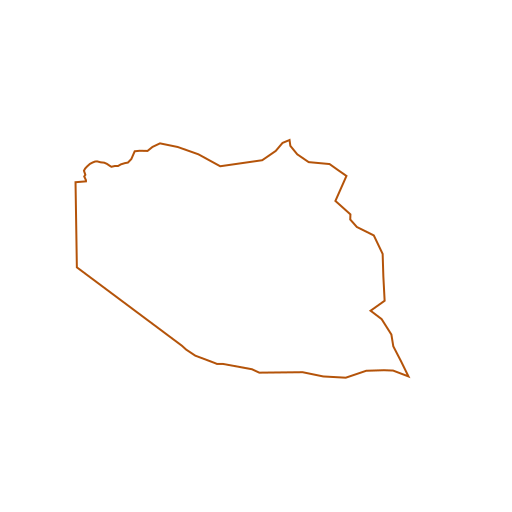 Barre Duchaussee, Anse-la-Raye, Saint Lucia, rotated 301°
{"feature_id": "8701671B96397646944426", "entity_name": "Barre Duchaussee", "entity_type": "district", "adm_level": 2, "iso_a3": "LCA", "parent_name": "Saint Lucia", "parent_adm1": "Anse-la-Raye", "projection": "robinson", "projection_center": [-60.996, 13.962], "detail": "fine", "context": "isolated", "style": "outline", "palette": "amber", "viewbox_px": 512, "rotation_deg": 301, "n_neighbors": 0, "source": "geoboundaries", "source_scale": "gbopen_adm2", "svg_char_len": 1030}
<svg xmlns="http://www.w3.org/2000/svg" viewBox="0 0 512 512"><g transform="rotate(301 256 256)"><path d="M372.7,225.0L366.6,220.5L356.2,218.8L341.3,212.0L314.5,179.1L313.5,154.2L309.1,132.7L303.1,115.7L296.2,111.1L290.2,108.9L286.3,102.1L283.3,98.1L274.9,99.2L270.1,98.1L268.1,95.8L265.0,93.0L262.1,91.4L260.4,88.6L258.0,86.1L258.0,84.2L258.2,80.7L257.8,77.8L256.3,74.6L255.3,71.1L254.1,69.4L252.0,67.8L249.4,66.2L245.8,65.1L243.0,64.5L240.5,64.6L237.7,67.9L235.7,67.8L233.4,71.2L232.4,71.8L226.3,63.3L154.0,108.3L140.9,238.8L139.8,244.3L139.3,255.3L143.0,275.5L143.4,278.2L146.4,283.1L156.9,311.0L156.9,311.4L157.7,318.9L180.4,355.8L187.4,375.7L197.9,395.6L201.3,398.5L214.4,409.6L224.0,424.5L228.4,432.5L230.6,444.8L231.3,448.7L240.3,434.8L249.3,420.2L258.4,412.5L266.6,396.2L268.1,382.4L283.9,389.3L304.2,375.6L323.0,363.5L334.3,346.4L332.8,327.5L335.8,318.0L340.3,315.5L344.1,295.7L371.2,292.3L371.9,282.0L372.7,271.7L363.6,252.8L364.4,239.0L368.1,228.7L372.7,225.0Z" fill="none" stroke="#b45309" stroke-width="2"/></g></svg>